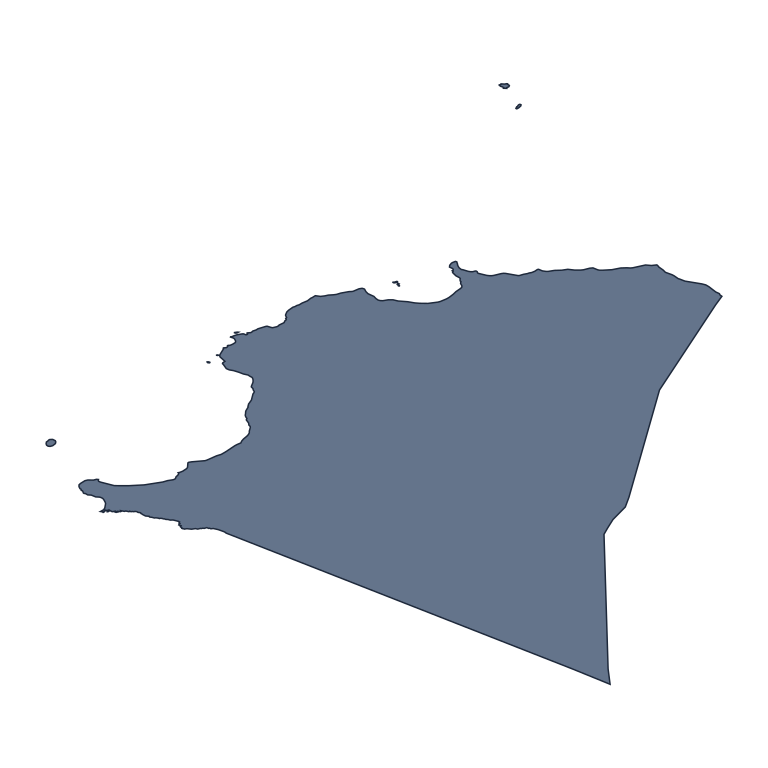 outline of Tjörneshreppur, Norðurland eystra, Iceland
{"feature_id": "244011B23966539039805", "entity_name": "Tjörneshreppur", "entity_type": "district", "adm_level": 2, "iso_a3": "ISL", "parent_name": "Iceland", "parent_adm1": "Norðurland eystra", "projection": "equal_earth", "projection_center": [-17.235, 66.145], "detail": "fine", "context": "isolated", "style": "filled", "palette": "slate", "viewbox_px": 768, "rotation_deg": 0, "n_neighbors": 0, "source": "geoboundaries", "source_scale": "gbopen_adm2", "svg_char_len": 6066}
<svg xmlns="http://www.w3.org/2000/svg" viewBox="0 0 768 768"><path d="M721.9,296.3L720.2,295.1L719.7,294.5L719.5,293.8L718.9,293.4L715.8,292.0L708.9,286.7L705.8,284.9L701.9,283.9L684.9,281.1L679.5,279.0L678.3,278.7L674.1,275.8L672.0,274.7L665.4,272.3L663.1,270.0L658.8,267.0L658.5,266.4L656.9,264.9L651.5,265.5L645.5,265.0L632.7,267.8L630.3,268.0L626.8,267.8L620.6,268.0L611.9,269.7L603.0,270.2L599.5,270.2L597.7,269.8L593.0,267.9L589.7,268.2L583.4,269.8L580.4,270.1L574.8,270.1L567.8,269.3L561.7,270.2L554.5,270.4L548.2,271.4L546.0,271.4L542.4,270.9L538.6,269.3L537.4,269.5L534.9,271.2L531.8,272.5L529.1,273.0L527.4,273.6L523.5,274.3L519.5,275.5L518.2,275.6L505.5,273.4L503.5,273.3L501.3,273.6L493.8,275.4L491.8,275.7L489.6,275.7L486.8,275.4L478.5,273.4L477.6,272.9L477.2,271.7L476.3,271.1L475.3,271.0L472.7,271.7L470.6,271.7L468.1,271.3L462.8,269.7L461.3,269.5L459.2,267.9L458.4,266.7L457.5,264.9L457.6,264.2L457.0,262.8L457.0,262.1L456.4,261.7L455.4,261.4L452.6,262.5L451.4,263.2L449.7,265.3L449.5,267.1L452.3,268.4L453.2,269.2L453.2,270.2L452.2,270.8L453.1,271.5L452.6,272.4L453.2,273.2L455.9,275.8L459.5,277.7L460.3,278.6L460.0,279.9L460.3,281.1L460.9,281.5L460.6,283.6L461.8,285.5L461.9,287.0L460.8,288.3L456.0,291.6L453.3,294.2L449.1,297.4L446.5,298.9L440.5,301.4L438.0,302.1L428.0,303.4L419.8,303.3L414.7,302.9L407.6,301.7L398.1,301.0L393.0,299.8L388.3,299.8L382.8,300.7L380.3,300.6L378.2,300.1L376.0,298.6L373.9,296.4L368.0,293.7L365.9,291.6L364.6,289.2L363.9,288.8L362.1,288.3L359.0,288.8L353.1,291.3L351.8,291.5L349.1,291.6L340.7,293.1L336.5,294.4L333.3,294.8L328.3,295.1L324.7,295.9L320.5,296.4L315.3,295.7L312.2,297.6L310.8,298.2L307.5,300.8L302.0,303.1L299.2,304.8L296.8,305.5L294.9,306.6L292.9,307.2L288.6,310.2L286.8,312.0L285.6,314.8L285.6,315.6L286.6,317.5L285.7,318.5L286.3,319.3L286.1,319.8L284.7,321.1L284.2,322.5L283.6,322.9L279.8,324.7L279.0,325.1L278.5,325.8L276.9,326.7L272.6,327.7L271.0,327.4L267.1,326.2L265.8,326.4L257.9,328.8L256.2,329.9L252.7,331.1L252.1,331.8L250.9,332.6L247.1,332.9L247.0,333.1L247.6,333.6L247.6,334.0L247.3,334.4L246.5,334.7L245.5,334.7L243.8,333.9L242.1,333.9L236.8,334.8L233.3,336.0L232.2,336.6L230.6,336.8L230.5,337.1L233.5,338.1L234.5,338.9L235.5,340.8L235.6,341.9L235.1,342.7L232.6,344.2L230.1,345.3L228.0,345.4L227.5,345.7L227.7,346.4L227.3,346.9L226.4,347.6L223.4,347.9L223.2,348.2L223.5,348.9L220.0,354.5L219.7,355.5L220.0,356.9L224.9,361.3L222.7,362.9L222.5,363.7L223.2,364.3L226.3,368.6L229.3,369.9L233.5,370.6L239.0,372.3L243.4,374.0L248.0,375.0L250.3,376.5L251.8,377.2L252.5,378.0L253.0,379.5L253.1,381.1L252.9,382.6L251.4,386.2L251.3,386.9L252.9,388.5L253.2,389.9L254.3,391.6L254.0,392.6L253.0,393.9L251.4,400.1L248.5,404.1L248.3,405.5L247.9,406.2L248.2,407.0L246.0,410.6L245.6,411.9L245.6,413.2L245.3,414.8L245.3,415.7L245.9,417.1L246.9,418.4L246.3,419.9L248.6,423.0L248.9,425.1L250.2,426.4L250.3,427.6L249.3,431.1L249.3,432.8L248.7,434.0L247.6,435.5L243.4,439.1L241.6,441.2L240.9,442.9L237.1,444.5L235.0,445.6L225.2,452.1L221.2,454.4L216.6,455.8L206.4,460.3L204.9,460.7L191.7,461.8L188.7,462.3L187.9,462.9L187.5,467.5L186.5,468.7L182.7,471.2L179.7,472.4L178.2,472.7L178.7,473.3L178.3,474.5L177.5,475.5L176.1,476.7L175.4,478.6L174.4,479.3L172.9,479.8L167.6,480.6L162.8,482.0L144.2,484.9L128.7,485.7L118.9,485.7L114.2,485.6L100.5,482.1L98.6,481.3L98.3,480.4L98.5,479.5L96.4,479.3L93.5,480.1L87.9,480.0L84.9,480.7L80.4,483.5L79.0,484.9L79.0,486.7L80.0,488.7L80.9,489.1L81.2,489.6L81.1,490.1L81.4,490.5L82.3,490.7L82.7,491.1L83.4,493.0L84.0,493.4L85.5,493.6L87.7,494.9L91.3,495.1L95.7,496.9L99.5,497.1L100.9,497.5L102.7,498.4L103.7,499.5L105.2,502.2L105.6,503.6L104.8,507.9L103.7,509.7L100.5,511.5L102.8,511.9L103.0,512.4L103.5,512.4L104.0,512.1L104.1,511.5L105.2,510.9L105.1,510.3L105.3,510.1L105.9,510.2L107.4,511.2L107.2,511.7L107.9,511.8L108.5,511.4L107.3,510.4L108.1,510.2L109.0,510.9L109.6,510.9L109.5,510.2L112.1,511.7L114.9,511.3L115.1,511.5L114.5,511.8L116.1,512.4L116.4,512.3L116.1,511.5L117.5,512.1L117.9,512.0L117.6,511.5L117.7,511.3L120.4,511.7L121.6,511.2L120.6,511.0L120.5,510.6L124.4,511.4L125.8,511.0L128.9,511.7L129.5,511.5L129.7,511.2L131.0,511.7L132.5,511.5L133.9,511.7L135.0,511.4L137.0,511.7L138.0,512.4L140.4,512.7L140.8,513.0L140.9,513.5L141.7,513.8L142.4,514.4L145.5,516.0L149.2,516.3L149.4,516.9L149.9,517.1L151.9,517.3L154.4,518.0L155.9,517.8L158.6,518.2L159.3,518.6L160.0,518.3L162.1,518.4L163.3,518.9L164.2,518.8L165.7,519.4L168.1,519.5L170.2,520.1L173.1,520.0L178.6,521.4L179.5,521.9L179.1,522.5L179.9,523.5L178.9,524.0L179.1,524.7L178.9,525.0L181.0,525.7L180.3,526.6L180.6,527.0L181.7,527.5L181.7,528.3L183.0,528.8L183.8,528.8L184.3,529.1L186.9,528.7L191.6,529.2L195.4,528.6L197.8,529.1L200.4,528.4L201.2,528.6L202.7,528.2L204.3,528.4L206.8,527.6L208.6,528.4L209.6,528.2L210.9,528.8L213.2,528.5L218.2,529.6L224.0,531.7L225.0,532.2L226.1,533.1L572.3,668.9L610.1,684.3L608.1,668.9L604.0,534.3L607.7,527.9L613.0,519.5L625.3,507.0L628.9,497.4L659.5,390.0L715.6,304.9L721.9,296.3ZM50.2,446.4L52.7,445.7L55.4,443.6L55.8,441.9L55.3,440.7L52.7,439.4L49.8,439.5L48.9,439.9L47.6,441.2L46.4,442.0L46.1,443.8L46.6,445.2L48.1,446.2L50.2,446.4ZM507.5,83.8L506.6,83.7L504.6,84.1L501.3,83.9L500.8,84.0L500.7,84.2L501.0,84.4L500.7,84.6L499.2,84.9L499.2,85.2L500.0,85.6L500.2,86.1L501.3,86.6L502.1,86.7L503.6,87.6L504.2,88.0L503.9,88.3L506.8,88.4L506.7,87.7L508.8,86.8L509.4,85.7L509.2,85.3L507.4,84.2L507.5,83.8ZM517.2,108.7L518.9,107.7L520.9,105.8L521.0,104.7L519.9,104.3L519.2,104.5L518.3,105.1L517.2,106.7L516.7,106.8L515.9,108.4L516.4,108.8L517.2,108.7ZM397.6,282.4L397.5,281.6L396.8,281.4L394.6,282.1L392.4,282.2L394.0,282.9L397.6,282.4ZM236.9,333.0L238.4,332.2L237.3,332.1L233.9,332.6L235.4,333.1L236.9,333.0ZM399.1,286.1L399.5,285.8L399.3,285.2L398.3,284.9L398.2,284.2L398.8,283.8L398.2,283.6L397.6,283.8L397.2,284.5L398.0,285.0L398.3,285.8L399.1,286.1ZM209.9,362.6L209.8,362.2L208.3,361.8L207.1,361.9L207.2,362.3L207.7,362.7L209.4,362.9L209.9,362.6ZM218.5,355.3L218.4,355.1L217.4,354.9L216.0,355.2L217.8,355.5L218.5,355.3Z" fill="#64748b" stroke="#1e293b" stroke-width="1.5"/></svg>